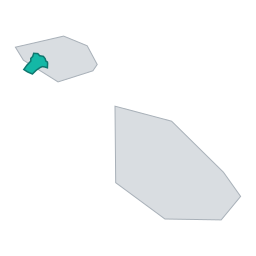 where Kerċem sits in Malta
{"feature_id": "MLT-5981", "entity_name": "Kerċem", "entity_type": "state/province", "adm_level": 1, "iso_a3": "MLT", "parent_name": "Malta", "parent_adm1": "", "projection": "orthographic", "projection_center": [14.218, 36.038], "detail": "fine", "context": "in_parent", "style": "filled", "palette": "teal", "viewbox_px": 256, "rotation_deg": 0, "n_neighbors": 0, "source": "natural_earth", "source_scale": "10m", "svg_char_len": 581}
<svg xmlns="http://www.w3.org/2000/svg" viewBox="0 0 256 256"><path d="M240.6,196.4L221.2,219.9L164.9,219.0L115.7,182.7L115.0,106.2L171.6,121.2L223.5,172.3L240.6,196.4ZM92.9,70.8L58.0,81.9L23.4,60.2L15.4,47.2L63.6,36.1L87.2,45.8L97.2,64.5L92.9,70.8Z" fill="#d9dde1" stroke="#a8b0b8" stroke-width="1"/><path d="M32.4,74.0L27.5,71.9L23.8,69.5L26.9,65.2L30.8,61.1L30.8,58.4L32.7,56.5L33.7,53.3L37.8,53.6L39.6,55.7L43.4,56.4L45.1,58.6L45.9,61.1L47.4,62.0L47.6,63.3L47.4,67.8L44.6,66.9L42.2,66.6L40.0,67.6L36.3,70.2L32.4,74.0Z" fill="#14b8a6" stroke="#0f766e" stroke-width="1.5"/></svg>